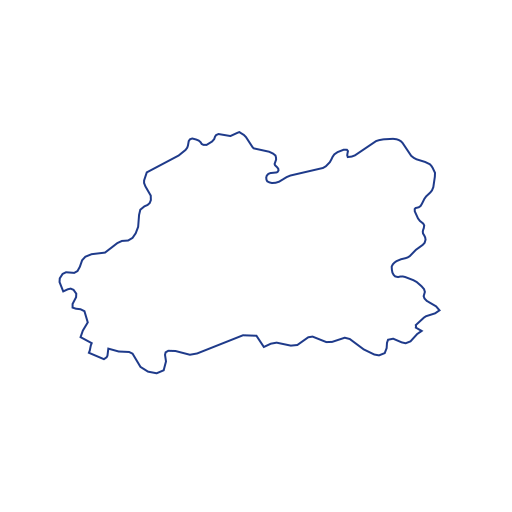 Loiret, Robinson projection, rotated 343°
{"feature_id": "FRA-5317", "entity_name": "Loiret", "entity_type": "Metropolitan department", "adm_level": 1, "iso_a3": "FRA", "parent_name": "France", "parent_adm1": "", "projection": "robinson", "projection_center": [2.43, 47.912], "detail": "fine", "context": "isolated", "style": "outline", "palette": "blue", "viewbox_px": 512, "rotation_deg": 343, "n_neighbors": 0, "source": "natural_earth", "source_scale": "10m", "svg_char_len": 2916}
<svg xmlns="http://www.w3.org/2000/svg" viewBox="0 0 512 512"><g transform="rotate(343 256 256)"><path d="M80.4,310.2L67.9,299.7L69.4,297.8L71.9,293.2L73.4,291.3L64.5,282.3L68.6,276.7L75.7,270.3L75.8,258.6L72.6,255.6L68.3,253.7L65.5,251.7L66.6,248.2L71.9,242.8L73.1,239.5L71.6,235.0L69.2,233.0L66.3,232.8L61.3,233.5L60.5,223.5L61.8,220.0L65.8,216.6L69.6,216.0L77.2,219.0L80.9,218.2L84.4,214.8L88.5,209.2L92.6,206.8L99.3,206.2L112.6,208.6L127.2,203.1L132.2,202.4L138.2,203.8L143.2,202.6L147.6,199.1L151.8,193.7L156.2,182.5L158.9,177.9L163.8,175.9L167.2,175.5L169.8,174.3L171.8,171.8L173.0,167.5L170.6,157.1L170.3,153.5L171.1,151.0L176.0,144.1L211.4,137.3L219.6,134.0L221.9,132.3L223.2,130.5L225.3,126.4L227.0,125.1L229.4,125.0L232.8,127.1L235.0,128.9L236.3,131.0L236.8,133.0L238.3,134.4L241.2,135.3L247.4,133.7L250.2,132.0L251.7,129.9L253.2,128.7L255.8,128.4L266.6,133.8L274.0,132.8L276.2,132.6L279.8,136.7L281.2,139.4L284.5,150.9L285.0,151.9L285.3,152.4L299.0,160.1L302.2,163.0L304.0,165.6L303.9,167.7L303.4,169.7L300.7,173.4L300.7,174.3L300.8,174.9L302.2,177.4L302.8,179.1L302.5,180.8L301.2,181.9L300.1,182.1L294.0,180.9L291.8,181.1L289.8,182.3L288.7,184.0L288.3,186.1L288.6,187.9L290.3,189.5L292.6,190.9L296.2,191.7L299.8,191.7L308.4,189.5L312.4,189.1L345.8,191.4L349.1,190.6L354.0,187.9L356.3,185.7L358.2,183.6L360.6,181.7L364.4,180.5L371.0,180.0L374.0,181.0L374.6,182.6L373.6,184.4L372.7,186.3L372.7,188.2L376.6,188.9L380.0,188.7L404.5,181.2L407.7,181.2L412.0,181.7L421.3,184.0L424.6,185.5L426.4,186.8L428.1,188.6L429.2,190.7L433.7,205.6L435.6,208.3L437.7,210.4L445.2,215.5L449.1,219.1L450.1,221.2L450.7,223.4L451.5,228.8L450.2,232.5L445.7,242.0L443.5,244.7L441.3,246.2L436.2,248.7L433.8,250.5L429.9,254.6L428.0,256.3L425.9,257.0L422.6,256.8L421.5,257.5L420.9,259.7L421.9,267.4L423.0,270.4L425.4,273.9L425.8,275.9L424.6,278.4L423.4,280.0L422.6,281.5L422.3,283.3L422.9,285.6L423.2,287.7L422.9,290.0L421.1,292.7L418.7,294.1L410.8,296.8L403.0,301.1L400.7,301.7L398.4,301.8L393.8,301.5L388.8,302.0L386.5,302.8L384.5,303.9L382.9,305.5L382.6,306.0L381.9,309.0L381.6,311.8L382.1,314.3L383.1,316.2L385.7,317.7L387.9,317.8L390.4,318.5L392.5,319.7L399.4,325.1L402.1,327.9L405.5,333.4L407.0,336.8L407.0,339.7L404.6,343.4L404.7,345.9L406.2,348.9L413.5,356.8L415.6,361.6L410.5,363.2L401.0,363.3L398.6,364.0L388.6,368.8L388.5,370.0L387.9,371.2L392.5,376.1L387.4,377.7L378.8,382.8L373.6,383.2L370.1,381.2L363.0,375.2L357.8,374.7L355.9,377.3L354.0,382.3L350.7,386.5L344.6,387.0L340.3,384.8L331.7,376.8L321.4,362.8L317.0,360.1L303.7,360.4L298.1,358.9L286.5,349.6L282.2,349.0L269.5,353.2L263.1,351.9L250.4,344.9L244.6,344.2L236.9,345.3L233.1,332.4L220.4,328.0L171.2,332.0L163.9,331.1L151.2,323.3L144.4,321.0L141.4,321.7L140.1,323.9L139.1,330.5L134.3,338.3L126.7,339.1L118.9,335.0L113.1,328.3L109.4,313.3L106.6,310.7L96.8,307.2L87.7,301.4L84.8,307.9L83.5,309.2L80.4,310.2Z" fill="none" stroke="#1e3a8a" stroke-width="2"/></g></svg>